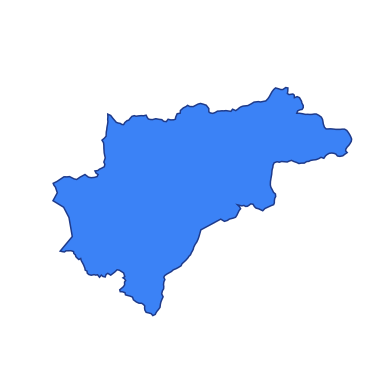 the district of Altinópolis, São Paulo, Brazil, rotated 199°
{"feature_id": "56859067B55489518550390", "entity_name": "Altinópolis", "entity_type": "district", "adm_level": 2, "iso_a3": "BRA", "parent_name": "Brazil", "parent_adm1": "São Paulo", "projection": "mercator", "projection_center": [-47.408, -21.012], "detail": "fine", "context": "isolated", "style": "filled", "palette": "blue", "viewbox_px": 384, "rotation_deg": 199, "n_neighbors": 0, "source": "geoboundaries", "source_scale": "gbopen_adm2", "svg_char_len": 4431}
<svg xmlns="http://www.w3.org/2000/svg" viewBox="0 0 384 384"><g transform="rotate(199 192 192)"><path d="M297.4,93.2L295.2,93.4L293.1,93.8L291.9,95.4L289.7,96.2L287.3,97.1L284.6,97.1L283.7,95.4L281.8,94.6L280.7,93.0L278.7,92.0L277.0,91.3L275.6,92.9L274.4,91.1L272.4,89.3L270.8,87.8L269.6,86.4L268.4,85.0L267.6,83.4L265.5,83.0L264.6,81.2L262.8,80.4L260.2,80.5L257.7,82.0L255.9,82.1L254.4,83.0L251.7,81.3L250.7,83.9L248.7,83.1L246.4,83.4L246.4,86.0L245.1,87.7L241.8,86.9L240.2,89.3L238.9,91.3L237.5,94.1L235.2,94.4L232.7,93.8L230.3,93.2L228.0,90.1L229.3,88.4L227.4,87.9L225.9,86.7L226.5,84.9L225.5,82.3L226.0,80.2L227.1,78.3L228.5,76.0L227.4,74.4L225.4,75.0L222.6,75.0L221.4,73.1L219.1,73.2L216.7,73.4L214.0,73.2L212.3,71.0L208.9,69.9L206.0,69.6L203.3,70.4L201.2,69.8L199.6,68.9L199.1,66.9L198.1,65.0L196.2,63.3L193.2,63.6L191.0,63.7L188.8,62.4L186.9,64.3L186.7,66.1L186.2,68.1L185.5,69.8L184.7,72.5L185.4,75.9L185.6,78.0L185.5,80.4L185.2,83.5L187.5,85.8L187.8,89.0L187.3,91.2L187.9,93.4L188.8,95.2L189.4,98.0L189.1,100.3L190.9,102.2L190.6,104.1L188.9,106.4L187.2,108.3L185.6,110.1L184.3,112.4L182.2,114.2L180.4,116.1L178.3,118.7L178.1,120.9L175.6,125.5L174.4,128.4L174.0,130.2L173.0,132.1L172.8,134.6L172.4,136.5L172.2,138.3L172.4,140.3L172.0,143.4L171.2,146.3L170.9,149.4L170.9,152.0L171.3,159.1L156.0,175.7L151.8,174.8L149.2,176.7L147.8,178.6L144.7,180.6L142.6,182.3L142.0,184.6L141.7,187.4L141.4,189.9L140.6,192.0L142.4,193.6L144.7,194.7L140.4,195.1L138.5,196.2L136.7,195.8L135.0,196.5L133.8,198.0L132.6,199.9L130.3,200.3L128.2,198.5L126.2,197.6L123.6,197.8L119.0,197.3L117.7,200.1L112.6,205.0L110.7,206.6L110.6,208.5L111.3,210.6L111.7,212.9L111.4,215.0L112.5,217.3L114.8,218.2L116.6,220.0L119.0,222.2L120.2,224.1L121.2,227.3L121.7,230.1L122.0,232.0L122.4,234.6L123.1,237.3L123.5,239.1L123.6,241.6L124.1,243.8L123.8,246.4L121.5,248.3L119.1,248.6L117.3,250.0L114.5,250.7L111.7,251.4L109.9,253.1L108.2,254.3L105.7,254.0L102.6,254.0L100.2,253.7L98.0,254.9L95.2,255.9L93.5,258.1L91.5,259.0L90.2,260.4L88.1,261.6L85.2,263.0L83.0,264.8L81.3,266.8L78.3,266.8L77.5,269.7L76.6,271.2L74.9,273.2L72.5,274.4L70.1,274.8L68.3,274.7L66.2,273.4L63.8,273.8L61.2,275.3L59.7,277.6L58.1,279.8L60.1,280.9L60.5,282.7L59.9,285.1L58.9,287.3L58.4,289.1L57.9,291.7L58.3,294.0L59.7,295.7L61.3,297.3L63.5,299.1L65.7,300.6L68.1,301.1L70.3,300.4L72.2,299.5L74.5,298.7L76.2,298.1L78.0,297.7L80.2,297.2L82.0,296.7L83.7,296.0L85.7,295.3L87.8,296.3L90.0,299.1L91.0,301.0L92.2,303.1L94.1,304.9L97.1,305.8L99.8,306.2L101.7,305.6L103.7,304.5L105.7,303.7L108.0,303.1L110.1,302.3L113.0,302.0L115.8,301.5L118.6,300.6L118.5,303.1L116.8,304.8L114.8,305.9L114.3,308.0L115.0,310.0L117.1,311.9L118.0,313.5L121.1,316.2L123.6,316.4L125.9,314.5L126.9,316.9L128.5,317.5L132.0,315.7L133.9,316.2L134.3,318.6L135.2,321.6L137.4,321.3L139.4,318.5L141.3,317.8L143.6,317.8L146.9,317.6L148.1,315.5L149.0,312.8L149.5,309.9L149.9,307.4L150.6,304.9L151.9,302.1L153.7,301.1L156.6,299.4L158.7,299.1L160.7,298.1L162.6,297.2L164.6,294.8L167.3,291.9L169.4,290.9L171.6,289.9L173.3,288.6L174.6,287.1L175.5,285.5L177.1,283.2L180.6,283.5L181.5,280.9L183.7,280.5L186.4,280.0L188.5,279.0L190.2,278.5L192.3,277.5L194.3,276.7L195.9,274.8L197.9,273.1L200.5,272.7L202.2,273.3L203.3,276.4L206.8,278.7L209.9,278.7L212.8,278.5L214.9,277.1L218.7,273.1L221.9,272.1L224.4,272.5L225.4,270.9L227.6,268.7L228.5,267.1L229.5,265.3L228.8,262.7L231.5,261.2L231.8,257.4L231.4,255.5L232.8,254.3L235.7,253.2L238.3,253.0L239.2,250.2L241.8,249.6L244.1,250.6L246.8,250.0L250.1,249.5L252.9,247.6L255.0,247.0L257.0,246.8L258.7,248.0L260.4,249.7L262.6,248.3L264.8,247.7L267.5,246.5L269.6,245.4L271.4,245.4L273.4,244.0L274.5,241.4L275.2,239.3L276.6,238.4L278.1,235.9L278.6,233.5L280.2,233.0L282.2,233.5L284.0,233.2L286.2,233.2L290.8,235.9L293.8,237.9L297.0,238.2L296.0,235.7L295.4,233.3L294.4,231.1L293.9,228.6L293.5,225.7L292.9,223.0L292.6,220.9L291.4,216.8L292.4,214.3L294.0,211.7L291.7,209.8L290.5,207.3L289.4,204.3L287.8,200.5L286.6,198.4L285.1,196.0L285.1,191.6L283.5,189.9L283.1,187.4L285.2,185.1L286.9,183.5L288.0,181.7L290.6,180.3L288.7,178.5L286.5,178.0L286.7,175.7L289.1,174.0L292.0,172.7L294.7,172.3L297.1,173.1L298.9,173.7L301.2,171.2L302.7,169.6L305.1,166.3L307.8,166.0L312.8,166.7L315.1,165.6L318.0,164.7L321.6,160.0L323.1,158.0L326.1,155.0L324.8,153.5L322.7,152.1L319.1,147.4L320.6,138.5L310.6,136.3L308.4,135.8L300.0,127.8L290.7,110.9L297.4,93.2Z" fill="#3b82f6" stroke="#1e3a8a" stroke-width="1.5"/></g></svg>